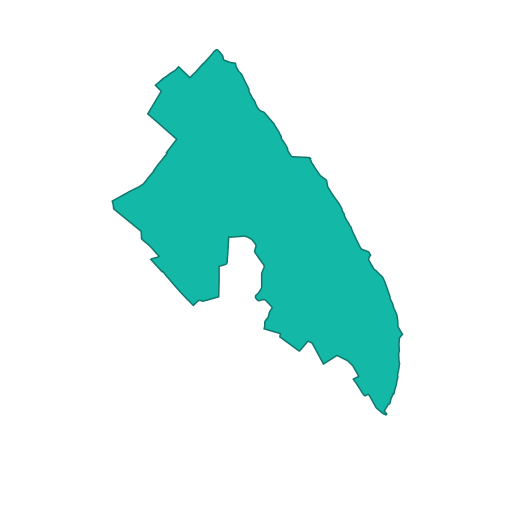 Cumpana, Constanta, Romania, rotated 240°
{"feature_id": "2599482B64755451325856", "entity_name": "Cumpana", "entity_type": "district", "adm_level": 2, "iso_a3": "ROU", "parent_name": "Romania", "parent_adm1": "Constanta", "projection": "equal_earth", "projection_center": [28.523, 44.126], "detail": "fine", "context": "isolated", "style": "filled", "palette": "teal", "viewbox_px": 512, "rotation_deg": 240, "n_neighbors": 0, "source": "geoboundaries", "source_scale": "gbopen_adm2", "svg_char_len": 5966}
<svg xmlns="http://www.w3.org/2000/svg" viewBox="0 0 512 512"><g transform="rotate(240 256 256)"><path d="M56.4,287.0L53.5,289.0L53.4,289.5L53.7,290.1L54.1,290.2L57.0,289.7L57.6,289.5L59.3,292.6L60.3,294.5L61.2,296.1L61.2,296.5L61.2,298.0L61.8,298.6L63.4,300.2L64.2,300.7L65.1,301.9L66.9,304.3L67.8,305.2L68.1,305.6L67.6,305.8L68.0,307.0L68.5,307.2L68.8,307.6L69.1,308.0L70.1,308.6L70.9,309.5L73.5,312.3L75.7,314.3L76.4,314.8L76.8,315.0L77.8,315.9L78.1,316.4L79.3,317.5L80.6,318.5L82.1,319.1L82.9,319.5L83.2,319.8L83.9,320.6L84.9,321.6L88.3,324.4L89.9,325.4L90.4,326.1L91.7,326.8L92.9,327.1L94.5,327.8L95.7,328.5L97.6,329.4L100.3,330.9L102.1,332.7L108.3,335.8L113.3,339.3L114.1,341.5L114.5,341.7L114.6,342.9L114.7,343.7L117.7,343.6L122.8,343.6L124.1,343.7L125.0,344.1L125.9,344.7L128.5,346.1L130.9,347.1L133.2,348.0L134.9,348.6L136.6,348.8L138.4,349.1L140.7,349.1L142.0,349.3L146.0,350.4L147.5,350.6L149.2,350.6L152.1,350.9L153.0,351.3L154.1,351.8L155.1,352.0L158.0,352.5L163.9,353.7L167.0,354.2L170.6,354.8L173.0,355.0L174.5,355.0L175.1,354.9L176.4,354.5L177.8,354.0L180.1,353.4L182.8,352.8L184.4,352.1L185.6,351.7L186.6,351.6L193.0,351.6L196.3,351.6L197.0,351.9L197.5,352.4L198.3,353.5L198.9,354.5L199.2,355.5L199.8,355.7L201.5,355.6L202.8,355.7L203.5,355.3L204.7,354.5L206.1,353.4L208.6,351.2L209.2,350.9L210.5,350.7L212.3,350.6L221.5,351.2L223.8,351.5L227.2,351.6L231.6,352.3L233.4,352.7L234.0,352.7L234.9,352.4L235.5,352.3L237.7,352.6L239.0,352.6L240.7,352.3L241.9,352.4L243.4,352.5L246.4,352.6L248.0,353.3L249.0,353.4L250.0,353.3L252.6,353.4L254.0,354.0L259.8,354.1L264.6,353.6L266.5,353.4L271.2,353.0L280.0,352.7L285.3,354.6L286.3,354.9L286.8,354.8L292.2,352.4L293.4,352.0L294.5,351.8L300.0,351.3L309.2,350.9L311.8,351.3L313.1,351.3L314.1,351.3L313.9,351.7L314.7,351.3L323.8,337.1L324.4,336.7L324.8,336.6L326.2,336.4L327.9,336.2L328.9,336.3L331.3,336.3L331.9,336.4L332.0,336.4L333.0,336.9L333.4,337.1L335.0,337.2L338.4,337.2L340.4,337.1L343.1,336.9L344.8,336.7L345.2,336.7L346.5,337.4L347.1,337.7L347.5,337.7L348.5,337.7L348.8,337.5L351.0,337.8L353.1,337.8L359.5,337.5L361.3,337.7L369.1,336.2L375.8,335.0L376.4,334.8L376.9,334.5L377.7,333.8L378.6,333.1L379.1,332.6L379.3,332.5L379.6,332.4L380.1,332.2L381.2,331.9L381.7,331.7L383.6,331.5L384.8,331.5L386.0,331.5L386.9,331.6L389.5,332.1L392.1,332.2L393.6,331.9L394.3,331.7L394.4,331.9L401.9,332.1L402.1,332.3L403.9,333.1L404.4,333.2L404.9,333.3L405.8,333.4L411.2,333.7L418.9,334.2L419.4,334.3L419.9,334.4L420.5,334.4L421.0,334.3L422.0,334.1L423.0,333.8L424.0,333.5L424.6,333.3L425.5,333.3L427.3,333.4L427.8,333.3L430.2,333.6L430.8,333.7L431.6,334.0L432.3,334.2L433.2,334.6L434.5,332.9L435.0,332.4L435.8,331.3L436.4,330.6L437.3,329.8L438.4,328.9L439.7,327.9L440.5,327.1L441.9,326.1L446.0,327.2L446.5,327.2L447.5,327.1L450.4,326.6L452.3,326.2L453.7,325.8L454.2,325.3L454.5,324.6L454.0,321.4L453.8,321.1L453.5,320.7L452.8,318.8L450.5,311.9L448.8,306.6L449.1,306.5L447.9,302.8L446.6,299.0L445.5,295.6L444.5,291.7L443.6,287.9L458.6,283.6L457.3,279.5L457.1,278.3L457.1,275.9L457.0,273.0L456.5,269.4L456.2,265.8L456.2,264.7L456.2,264.2L455.7,262.2L454.2,254.6L454.1,254.2L446.1,256.4L433.2,233.3L417.9,238.6L412.1,240.5L401.1,244.3L401.0,244.2L399.4,244.8L399.5,244.9L396.8,245.8L396.7,245.5L390.3,230.1L389.5,230.5L389.4,230.5L384.9,219.1L384.3,217.2L381.1,210.3L380.9,210.4L380.7,210.0L380.2,208.8L379.0,205.6L378.1,203.0L374.9,195.0L374.7,194.1L374.4,188.0L374.5,187.9L374.7,185.7L375.1,178.8L375.4,158.9L375.2,158.8L374.4,158.7L373.9,158.5L372.5,158.2L370.7,157.5L368.0,156.3L334.8,168.9L329.1,166.0L328.4,165.5L328.1,165.5L325.5,166.2L323.3,167.1L320.3,168.2L318.1,168.9L315.0,169.7L313.1,170.1L308.5,170.9L304.1,172.1L304.1,171.4L304.2,170.2L304.5,169.0L305.8,164.2L305.6,163.2L289.3,166.8L289.4,167.4L287.9,167.9L287.4,168.0L285.9,168.0L282.9,168.5L282.5,168.6L281.9,168.8L281.2,169.0L280.7,169.0L276.1,169.8L272.4,170.5L271.6,170.7L270.8,170.9L270.3,170.9L269.7,171.0L269.0,171.2L262.0,172.6L257.6,173.7L255.7,174.1L254.8,174.4L252.8,174.8L251.5,175.2L250.8,175.4L250.1,175.7L248.4,176.0L247.2,176.3L246.5,176.5L244.5,177.0L245.7,181.7L246.0,182.9L246.1,183.8L246.0,184.5L245.7,185.1L245.4,185.5L243.9,186.8L243.4,187.5L243.0,188.7L241.7,193.7L239.3,203.3L252.8,211.5L265.5,218.9L263.9,225.5L264.0,226.3L264.8,227.9L269.6,230.9L270.9,231.8L271.5,232.3L286.3,242.0L285.8,242.5L285.4,242.8L285.2,243.1L285.0,243.5L284.4,244.7L283.7,246.1L279.6,254.7L278.9,255.9L278.3,256.6L277.9,257.1L276.3,258.3L273.6,260.0L272.9,260.3L272.5,260.5L271.3,260.8L269.2,261.1L267.8,261.3L266.6,261.5L266.0,261.4L265.5,261.4L264.7,261.0L264.4,260.8L263.7,260.1L262.5,258.7L261.6,257.9L261.3,257.5L260.7,257.1L260.0,256.9L259.8,256.9L258.8,256.9L253.3,257.4L252.2,257.4L250.5,257.6L247.5,257.9L245.0,258.2L244.1,258.2L243.6,258.2L243.2,258.1L242.6,257.8L241.8,257.0L239.2,253.5L238.8,253.0L238.3,252.5L237.9,252.1L237.5,251.9L235.7,250.8L226.8,245.7L226.2,245.3L225.7,244.9L225.5,244.7L224.8,243.6L223.5,241.2L223.1,240.4L222.6,239.3L222.3,238.3L222.1,236.8L222.0,236.3L221.7,235.7L221.2,235.3L220.7,235.0L220.2,234.8L219.7,234.8L219.2,234.8L218.7,234.9L218.1,235.0L217.7,235.1L216.9,235.3L216.6,235.5L216.2,235.8L215.8,236.3L215.6,236.7L215.5,237.0L215.4,237.6L215.0,239.2L214.8,240.0L214.4,240.8L214.1,241.3L213.5,241.9L212.8,242.2L211.2,242.6L204.3,244.2L204.0,244.2L203.5,244.2L202.9,243.8L202.5,243.2L202.0,241.9L201.4,240.8L200.6,239.6L200.3,239.2L197.6,236.7L196.9,235.9L196.4,234.7L195.7,232.7L195.1,231.5L194.9,231.1L194.1,230.4L193.0,229.7L192.5,229.5L191.0,228.5L188.9,226.6L176.6,238.3L174.0,236.2L152.9,245.5L152.2,245.9L152.0,246.5L155.9,257.3L156.2,258.5L152.4,261.1L128.7,260.4L129.4,276.4L119.8,282.8L119.0,283.2L113.0,284.8L112.4,284.9L100.9,284.9L100.5,284.7L100.4,284.3L100.8,279.0L100.6,278.6L98.6,278.9L95.2,279.2L89.8,279.5L85.2,279.6L81.8,279.8L81.3,279.9L80.7,280.3L80.3,280.8L80.3,282.4L80.1,283.4L79.5,284.2L78.9,284.4L64.5,284.2L56.4,287.0Z" fill="#14b8a6" stroke="#0f766e" stroke-width="1.5"/></g></svg>